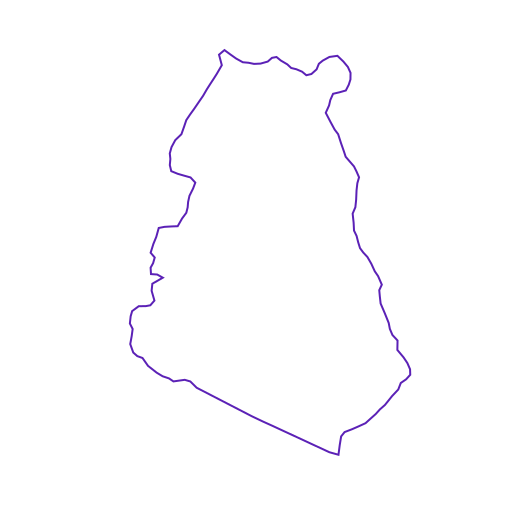 Seropédica, Rio de Janeiro, Brazil (Robinson projection), rotated 352°
{"feature_id": "56859067B7240640432543", "entity_name": "Seropédica", "entity_type": "district", "adm_level": 2, "iso_a3": "BRA", "parent_name": "Brazil", "parent_adm1": "Rio de Janeiro", "projection": "robinson", "projection_center": [-43.696, -22.752], "detail": "fine", "context": "isolated", "style": "outline", "palette": "violet", "viewbox_px": 512, "rotation_deg": 352, "n_neighbors": 0, "source": "geoboundaries", "source_scale": "gbopen_adm2", "svg_char_len": 2051}
<svg xmlns="http://www.w3.org/2000/svg" viewBox="0 0 512 512"><g transform="rotate(352 256 256)"><path d="M310.0,464.3L312.6,454.9L315.2,446.5L319.2,442.7L327.0,440.9L333.8,439.0L341.2,436.8L346.5,433.2L352.5,429.2L357.4,425.1L362.9,421.5L367.3,417.4L371.2,413.7L378.3,408.0L381.7,401.9L387.5,399.0L392.2,395.1L392.8,389.6L391.0,383.1L388.0,376.9L382.9,368.7L384.4,359.4L380.1,353.2L378.4,346.8L378.1,340.8L375.6,330.7L372.8,320.4L373.0,313.1L373.3,307.0L376.6,301.9L374.1,292.9L371.5,287.7L369.1,279.7L366.2,272.5L362.7,267.5L360.1,262.7L359.1,256.6L358.4,250.1L356.6,244.5L357.3,236.7L357.6,227.5L361.2,221.5L363.0,214.2L364.7,205.0L366.5,198.0L369.0,192.4L367.3,186.3L365.5,180.9L362.0,175.5L358.6,170.2L357.6,164.6L355.9,156.1L354.3,146.8L351.5,141.8L348.5,133.8L345.0,123.9L349.3,117.1L351.3,111.9L354.9,106.1L361.5,105.5L368.0,104.6L371.7,99.3L374.1,94.3L375.1,87.8L373.3,81.6L369.6,75.6L364.5,69.1L356.4,69.1L349.3,71.8L345.0,74.4L342.0,79.6L336.2,83.5L331.0,84.0L327.3,79.9L322.0,76.7L317.0,74.7L313.7,70.6L307.8,65.9L304.0,61.8L299.4,62.0L294.7,65.1L287.3,66.1L280.8,65.5L275.5,63.6L269.9,62.3L263.8,57.7L258.2,52.4L253.4,47.7L247.4,51.5L248.7,62.3L242.5,70.2L239.0,74.3L234.8,79.1L230.6,84.0L225.9,90.0L221.4,94.9L215.3,101.6L210.5,106.6L205.9,111.7L202.9,117.7L199.1,125.0L192.2,130.0L187.5,136.4L184.9,142.4L184.7,148.0L183.3,154.0L183.9,160.2L189.9,163.7L195.7,166.3L202.1,169.1L206.1,174.9L203.1,180.4L198.5,187.1L196.3,193.0L195.1,198.3L193.0,203.5L188.0,208.6L182.6,215.6L176.8,215.0L169.5,214.4L163.6,214.7L159.9,223.2L156.1,229.7L152.1,238.1L155.5,243.4L153.1,248.8L150.0,252.9L149.5,259.3L155.6,260.6L160.7,264.5L154.8,266.9L149.5,269.0L147.8,275.9L149.2,286.0L144.5,290.1L139.9,290.3L132.9,289.4L125.7,293.3L123.5,298.2L121.7,305.3L123.7,311.1L121.7,318.2L119.2,325.7L121.0,334.5L124.5,338.6L129.4,341.2L133.8,349.8L141.4,357.7L146.8,362.1L152.8,365.1L156.8,368.7L162.4,368.7L168.2,368.7L173.5,371.1L178.9,378.2L229.7,414.2L240.0,421.0L248.7,426.5L301.3,460.5L310.0,464.3Z" fill="none" stroke="#5b21b6" stroke-width="2"/></g></svg>